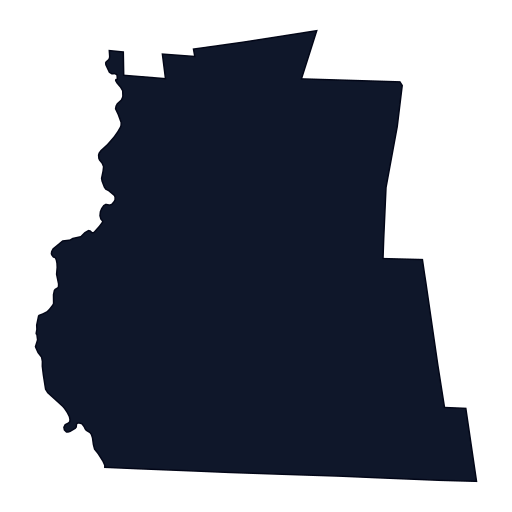 Cheshire, New Hampshire, United States of America (Mercator projection)
{"feature_id": "52423323B8710872997835", "entity_name": "Cheshire", "entity_type": "district", "adm_level": 2, "iso_a3": "USA", "parent_name": "United States of America", "parent_adm1": "New Hampshire", "projection": "mercator", "projection_center": [-72.424, 42.947], "detail": "fine", "context": "isolated", "style": "filled", "palette": "ink", "viewbox_px": 512, "rotation_deg": 0, "n_neighbors": 0, "source": "geoboundaries", "source_scale": "gbopen_adm2", "svg_char_len": 2129}
<svg xmlns="http://www.w3.org/2000/svg" viewBox="0 0 512 512"><path d="M228.0,472.4L283.8,474.3L339.3,476.1L348.7,476.5L369.6,477.4L371.5,477.5L439.8,480.3L476.5,481.3L465.8,408.4L444.5,407.5L437.8,365.0L425.9,283.0L424.3,272.6L422.4,259.6L383.0,258.6L383.7,238.5L385.4,200.8L386.0,187.5L397.2,126.7L402.2,85.5L399.9,81.9L301.4,78.9L316.7,30.7L242.4,42.3L193.5,49.1L194.8,56.5L162.4,54.1L165.5,78.7L123.7,75.3L123.3,52.0L109.3,50.6L109.7,56.5L109.5,58.1L108.8,59.6L106.2,61.9L105.7,62.9L105.9,64.8L109.4,72.2L111.9,73.8L114.8,73.6L116.4,74.4L117.1,75.2L117.3,78.6L117.2,79.3L115.9,79.6L115.7,80.6L117.1,83.0L119.2,85.5L120.6,87.1L122.7,90.7L122.9,96.1L122.6,97.4L121.4,100.1L117.4,103.7L116.1,106.1L115.6,108.8L118.3,114.5L121.2,122.5L121.1,125.4L120.5,127.2L117.9,131.7L114.1,137.1L107.5,144.7L101.1,150.5L99.2,153.1L98.6,155.1L98.9,158.4L99.6,160.0L102.2,163.2L103.6,166.6L103.1,171.1L101.6,178.3L102.1,181.1L104.4,187.1L105.8,189.1L108.7,190.6L114.5,195.5L115.1,197.1L115.1,199.7L114.3,201.4L111.7,204.5L109.5,205.1L105.9,204.4L103.8,205.6L101.7,208.6L100.4,211.8L100.0,215.7L100.9,219.0L102.6,221.0L102.6,222.1L99.5,226.3L94.0,232.5L92.0,232.8L90.2,231.0L88.5,230.6L84.9,232.7L80.9,236.7L72.7,238.5L70.1,240.1L62.7,241.0L53.1,248.9L51.7,251.6L51.4,253.8L51.9,255.0L53.4,257.0L54.8,257.4L55.6,258.1L56.4,260.2L57.0,263.3L57.2,267.4L56.6,274.2L58.6,283.9L58.5,286.7L57.9,287.8L55.2,289.4L54.4,290.5L53.5,294.7L53.6,303.6L52.7,305.3L49.5,309.4L47.1,311.8L43.0,313.9L39.1,315.4L38.6,316.0L36.7,325.1L36.9,329.3L36.2,333.3L36.3,333.9L36.9,334.4L37.6,339.9L35.5,346.6L35.9,347.7L38.1,352.6L41.6,357.1L42.4,361.4L42.3,366.2L43.3,374.4L43.3,374.5L45.6,389.2L47.8,392.7L62.8,406.3L64.5,408.3L67.4,412.6L69.4,416.6L70.0,419.5L69.8,421.7L68.5,423.0L65.2,424.7L63.9,427.3L64.4,429.9L66.5,432.0L68.0,432.0L70.0,431.4L75.2,428.3L76.2,427.0L76.5,424.2L77.1,423.3L78.9,422.9L81.9,423.7L84.2,426.7L85.2,428.9L86.3,430.3L90.1,432.6L91.4,434.4L92.5,437.8L93.4,444.5L94.6,449.1L98.2,453.6L103.0,461.2L104.8,465.2L104.8,467.3L109.9,467.5L137.4,468.7L197.6,471.1L225.9,472.3L228.0,472.4Z" fill="#0f172a" stroke="#020617" stroke-width="1.5"/></svg>